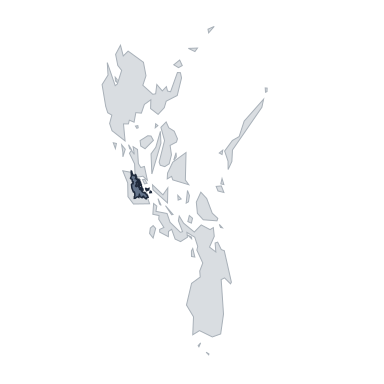 location of Samar, Samar, Philippines, rotated 176°
{"feature_id": "2640588B23016389281073", "entity_name": "Samar", "entity_type": "district", "adm_level": 2, "iso_a3": "PHL", "parent_name": "Philippines", "parent_adm1": "Samar", "projection": "equal_earth", "projection_center": [124.76, 11.713], "detail": "fine", "context": "in_parent", "style": "filled", "palette": "slate", "viewbox_px": 384, "rotation_deg": 176, "n_neighbors": 0, "source": "geoboundaries", "source_scale": "gbopen_adm2", "svg_char_len": 8971}
<svg xmlns="http://www.w3.org/2000/svg" viewBox="0 0 384 384"><g transform="rotate(176 192 192)"><path d="M181.8,46.0L194.2,53.2L201.2,49.5L199.2,67.4L205.4,79.6L198.8,100.9L189.7,106.6L189.8,112.6L186.2,120.4L191.2,133.7L190.1,137.3L192.4,146.7L199.9,152.1L199.7,147.2L206.9,143.3L212.1,146.2L214.9,156.2L218.2,154.3L218.7,149.1L227.0,154.2L226.9,156.9L222.5,158.6L227.1,167.2L226.5,170.8L232.6,172.5L231.1,183.2L228.1,180.4L229.3,175.2L218.4,172.3L216.0,163.3L206.4,152.6L204.2,153.1L207.6,164.3L206.4,168.9L202.6,161.5L192.5,151.9L185.1,158.5L176.6,153.2L173.2,155.0L172.9,146.2L178.4,135.8L172.4,130.5L172.5,139.5L169.9,140.2L166.8,132.5L163.9,131.2L159.0,99.3L160.0,97.7L165.5,104.0L169.0,102.6L169.1,68.0L173.3,48.4L181.8,46.0ZM255.2,247.6L267.5,258.7L269.4,266.1L266.6,274.3L270.5,276.9L272.1,283.4L274.2,305.4L267.6,314.5L267.5,327.0L261.2,303.4L258.9,305.0L253.7,318.2L257.2,323.4L258.6,334.6L253.1,343.4L251.1,332.5L245.9,337.0L231.4,324.8L229.8,311.2L233.6,301.9L224.3,292.2L221.4,292.5L219.6,301.7L214.6,294.9L210.2,298.9L209.4,294.4L206.4,293.5L198.2,312.2L195.2,311.8L194.5,306.5L200.0,289.3L211.4,284.4L213.8,278.0L220.4,271.8L227.5,278.1L226.6,286.9L233.4,282.7L237.0,274.2L242.5,275.1L244.9,265.7L249.5,268.0L250.7,264.4L255.6,264.7L255.2,247.6ZM218.5,258.7L212.9,263.7L210.7,257.7L205.5,253.9L202.8,246.1L204.0,242.9L210.6,240.0L209.9,230.5L212.8,221.7L217.4,219.2L221.8,220.9L222.7,224.1L215.8,245.2L218.5,258.7ZM251.2,184.1L256.2,191.8L255.5,205.5L259.6,218.0L251.1,215.8L247.7,211.3L245.7,206.3L247.0,201.6L237.7,192.7L235.1,183.2L251.2,184.1ZM194.7,199.5L210.3,205.4L211.3,209.0L215.8,206.8L215.1,212.5L209.1,223.1L195.2,231.8L197.8,204.4L194.7,199.5ZM135.0,259.1L114.1,279.6L116.4,271.6L148.7,231.1L150.1,219.7L154.4,211.9L153.9,220.2L156.6,230.6L148.1,240.6L141.1,244.0L135.0,259.1ZM169.1,161.5L182.7,163.5L188.1,170.3L188.4,181.6L183.2,191.2L177.8,184.5L173.3,169.5L168.1,163.9L169.1,161.5ZM239.9,211.2L245.9,210.5L247.6,214.2L247.3,224.0L251.7,235.0L249.6,237.7L246.9,233.6L247.6,241.3L243.4,238.2L243.5,224.1L241.4,220.0L237.7,220.8L235.7,206.8L239.9,211.2ZM219.3,254.7L219.6,242.8L230.8,212.8L230.2,232.9L225.0,239.1L219.3,254.7ZM240.2,246.9L232.2,251.2L229.0,250.7L226.9,246.2L235.8,238.4L239.9,241.4L240.2,246.9ZM217.2,182.8L230.8,197.0L230.9,201.9L221.2,191.2L215.8,197.9L217.2,182.8ZM236.1,158.9L233.1,161.2L230.8,158.2L234.0,148.8L237.2,153.5L236.1,158.9ZM201.3,320.2L195.1,324.5L192.9,318.8L196.8,317.0L201.3,320.2ZM160.2,189.3L166.0,191.2L167.5,195.9L162.3,196.0L160.2,189.3ZM194.8,161.0L198.2,162.8L196.3,168.7L193.3,165.8L194.8,161.0ZM179.3,331.9L185.6,335.5L176.5,335.2L179.3,331.9ZM258.9,244.0L255.6,239.3L258.5,231.9L258.2,236.4L258.9,244.0ZM198.6,181.3L196.4,193.8L194.8,188.6L196.2,182.5L198.6,181.3ZM164.3,349.6L164.7,353.3L158.3,355.6L164.3,349.6ZM197.0,127.7L196.7,133.2L195.2,135.6L193.7,126.9L197.0,127.7ZM208.0,225.0L205.2,232.3L205.2,228.1L208.0,225.0ZM162.7,198.1L161.1,203.3L159.7,197.2L162.7,198.1ZM240.5,207.8L238.3,208.0L236.2,203.8L238.8,203.4L240.5,207.8ZM206.4,184.9L206.4,189.7L203.3,185.8L206.4,184.9ZM267.1,246.6L264.0,245.7L265.4,240.7L267.1,246.6ZM213.9,170.7L219.4,180.2L212.5,170.9L213.9,170.7ZM162.1,229.0L158.4,231.6L159.4,227.3L162.1,229.0ZM224.2,258.6L223.5,262.6L221.4,260.6L224.2,258.6ZM225.2,182.2L226.4,187.8L223.7,180.8L225.2,182.2ZM111.7,290.7L109.8,290.4L110.2,286.9L111.7,286.4L111.7,290.7ZM243.8,261.7L241.4,262.0L241.2,259.8L242.6,259.4L243.8,261.7ZM260.6,311.9L258.8,309.4L259.4,306.8L260.6,308.1L260.6,311.9ZM166.0,154.6L167.0,157.8L164.1,154.1L166.0,154.6ZM251.1,239.4L252.0,243.6L249.4,238.5L251.1,239.4ZM196.6,38.3L193.9,40.9L195.9,37.1L196.6,38.3ZM199.3,149.4L195.6,147.0L195.6,145.3L199.3,149.4ZM186.7,28.4L189.1,31.2L186.4,29.3L186.7,28.4Z" fill="#d9dde1" stroke="#a8b0b8" stroke-width="1"/><path d="M250.0,189.7L249.1,189.7L247.7,190.6L246.7,191.0L245.9,190.8L245.5,190.4L244.7,193.0L244.3,192.2L244.5,191.2L242.2,189.8L241.6,190.6L241.5,190.4L241.4,190.4L241.3,190.7L241.1,190.6L241.1,190.8L240.8,191.0L240.5,190.6L240.6,190.4L240.3,190.1L240.2,190.2L240.2,190.4L238.8,188.7L238.2,188.4L237.4,189.7L236.2,189.8L236.7,191.7L237.2,192.1L237.2,192.4L237.4,192.3L237.7,192.7L237.8,193.0L238.1,193.2L238.3,193.9L238.7,194.1L238.6,194.3L239.0,194.4L239.2,194.9L239.7,194.7L240.2,194.8L240.2,194.7L240.9,195.0L241.9,196.0L241.9,196.5L242.0,196.6L241.8,196.7L242.0,197.2L241.9,197.2L242.2,197.5L242.4,197.4L242.6,197.8L242.8,197.8L242.9,198.1L242.6,198.6L242.9,198.4L243.2,198.5L243.1,198.4L243.3,198.5L243.2,198.3L243.5,198.2L243.9,198.3L243.9,198.6L244.1,198.7L244.1,198.9L243.8,198.8L243.8,198.4L243.5,198.4L243.7,198.8L243.4,198.7L243.3,199.0L243.5,199.0L243.3,199.3L243.7,199.4L243.8,199.6L243.6,199.7L244.0,199.8L244.1,199.7L244.3,200.1L244.4,200.4L244.1,200.5L244.2,200.9L244.4,200.7L244.4,200.4L244.7,200.5L244.8,200.9L244.7,201.0L245.0,201.2L245.2,201.8L245.4,201.8L245.6,202.1L247.1,201.2L247.3,201.3L247.9,201.9L247.8,202.5L247.7,202.2L247.4,202.6L247.5,202.8L246.7,203.7L247.0,205.0L246.9,205.0L246.4,205.4L246.5,205.7L246.3,206.0L245.9,206.1L245.5,205.8L245.4,206.0L245.1,205.9L245.0,206.3L245.2,206.5L245.2,206.3L245.3,206.4L245.3,206.7L245.0,206.9L244.7,206.6L244.4,206.7L244.4,206.9L244.2,207.1L244.3,207.4L244.1,207.4L244.3,207.7L244.1,207.7L244.1,207.8L244.3,208.0L244.2,208.2L244.4,208.2L244.4,208.4L244.7,208.5L245.0,208.3L245.2,208.5L245.3,208.2L245.1,208.1L245.3,207.7L245.2,207.5L245.3,207.4L245.5,207.7L245.4,207.8L245.5,208.3L246.1,208.8L246.5,208.7L246.5,209.2L247.1,209.3L246.8,209.5L246.9,210.1L247.0,210.2L246.9,210.5L247.0,210.6L247.1,211.0L246.7,211.7L246.7,212.6L247.0,212.6L247.2,213.0L247.4,212.7L248.2,212.7L248.3,212.5L248.6,212.7L249.2,212.6L249.7,212.8L250.1,213.7L250.2,214.5L250.4,214.9L250.7,216.2L250.7,216.4L250.7,216.6L250.7,216.8L251.1,217.1L251.3,216.3L251.2,215.6L251.3,215.5L251.3,212.0L252.4,210.0L252.0,209.4L250.9,208.9L250.7,208.3L250.9,208.0L250.9,207.3L250.7,206.5L249.9,206.2L250.1,205.3L250.2,204.5L250.8,204.7L251.9,203.6L251.7,200.1L251.4,199.1L250.4,196.1L249.5,196.0L249.2,194.5L249.3,192.1L249.8,191.5L250.0,189.7ZM242.9,203.2L242.7,203.0L242.6,202.8L242.8,202.8L242.5,202.3L242.3,202.5L242.5,202.6L242.5,202.8L242.4,203.0L242.3,202.8L242.1,202.7L242.1,202.8L242.2,203.1L242.3,202.9L242.4,203.1L242.4,203.6L242.4,203.9L242.5,203.6L242.6,204.4L242.8,204.2L243.2,204.8L243.6,205.3L243.4,205.5L243.1,205.1L243.1,205.9L243.8,206.1L243.7,206.3L243.6,206.5L244.1,206.9L244.4,206.6L244.3,206.3L244.4,205.9L244.2,205.8L244.6,205.3L244.3,205.2L244.2,205.4L244.2,205.2L243.9,205.3L243.8,205.1L243.7,205.1L243.8,205.4L243.6,205.3L243.6,205.0L243.5,204.9L243.6,204.7L243.8,204.3L243.4,204.0L243.5,203.9L243.3,203.7L243.2,203.8L243.4,203.3L243.1,203.4L243.0,203.6L242.9,203.0L242.9,203.2ZM244.9,204.2L245.3,203.8L245.2,203.5L244.7,203.6L244.8,203.3L244.5,203.4L244.1,202.8L244.2,203.3L244.4,203.8L244.2,204.0L244.4,204.4L244.3,204.7L244.5,204.5L244.7,204.9L245.0,204.9L245.0,204.7L245.1,204.8L244.9,204.2ZM233.9,194.3L233.7,194.5L233.7,194.3L233.0,194.4L232.7,194.8L232.8,195.1L232.6,194.9L232.6,195.1L233.1,195.5L233.2,195.1L233.5,195.1L233.8,194.7L233.9,194.9L234.0,194.7L234.1,194.9L234.1,194.3L233.9,194.3ZM235.8,197.1L235.5,197.3L235.3,197.2L235.2,197.7L235.0,197.9L234.9,197.8L234.8,198.2L235.0,198.3L234.9,198.5L235.4,198.4L235.5,197.9L235.9,197.6L235.8,197.1ZM237.7,197.7L237.3,198.0L237.1,198.5L237.8,198.9L238.0,198.7L237.8,197.8L237.7,197.7ZM237.3,196.4L237.0,196.5L237.0,197.0L237.4,197.2L237.5,196.7L237.3,196.4ZM243.0,202.4L242.9,203.0L243.1,203.1L243.3,203.0L243.2,202.6L243.4,202.5L243.0,202.5L243.0,202.3L242.8,202.2L243.0,202.4ZM241.0,198.5L241.3,198.7L241.4,198.3L241.3,198.1L241.1,198.3L241.0,198.0L240.9,198.0L241.0,198.5ZM245.3,205.1L245.0,205.5L245.2,205.8L245.3,205.6L245.5,205.6L245.3,205.5L245.4,205.3L245.3,205.1ZM242.0,200.9L241.7,200.1L241.6,200.3L241.8,200.7L242.0,200.9ZM242.1,200.0L241.8,199.9L241.9,200.3L242.0,200.1L242.1,200.0ZM236.3,197.2L236.2,197.6L236.4,197.6L236.5,197.3L236.3,197.2ZM248.5,213.3L248.4,212.9L248.3,213.0L248.5,213.3ZM244.9,202.8L245.0,203.0L245.1,202.9L244.9,202.8ZM245.8,205.4L245.5,205.4L245.6,205.5L245.8,205.4ZM242.0,200.6L242.1,200.9L242.1,200.7L242.0,200.6ZM244.0,207.0L243.8,207.1L243.7,207.2L243.8,207.2L244.0,207.0ZM233.5,194.1L233.4,194.0L233.5,194.1L233.5,194.1ZM242.3,198.4L242.2,198.4L242.3,198.5L242.3,198.4ZM245.4,207.6L245.3,207.8L245.5,207.7L245.4,207.6ZM242.6,200.3L242.7,200.5L242.7,200.4L242.6,200.3ZM240.8,198.3L240.7,198.2L240.7,198.3L240.8,198.3ZM242.5,200.2L242.4,200.2L242.4,200.3L242.5,200.2ZM240.7,197.9L240.6,198.0L240.7,197.9ZM245.5,203.1L245.4,203.2L245.4,203.4L245.5,203.1ZM244.7,206.4L244.7,206.5L244.8,206.5L244.7,206.4ZM247.0,210.8L246.9,210.9L247.0,210.9L247.0,210.8ZM247.0,210.7L246.9,210.7L247.0,210.8L247.0,210.7ZM244.9,201.9L244.9,202.0L244.9,201.9ZM242.3,200.8L242.3,200.7L242.3,200.9L242.3,200.8ZM243.8,200.9L243.7,200.8L243.8,200.9ZM243.4,206.5L243.5,206.5L243.4,206.5L243.4,206.5Z" fill="#64748b" stroke="#1e293b" stroke-width="1.5"/></g></svg>